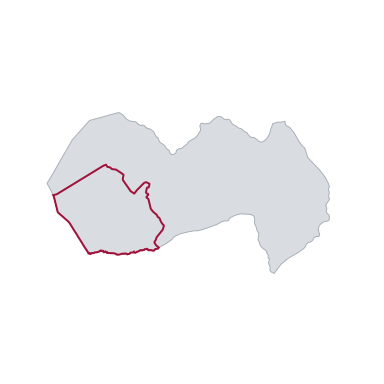 Paraguay, with Boquerón highlighted, rotated 312°
{"feature_id": "PRY-598", "entity_name": "Boquerón", "entity_type": "Department", "adm_level": 1, "iso_a3": "PRY", "parent_name": "Paraguay", "parent_adm1": "", "projection": "albers", "projection_center": [-61.074, -21.97], "detail": "fine", "context": "in_parent", "style": "outline", "palette": "rose", "viewbox_px": 384, "rotation_deg": 312, "n_neighbors": 0, "source": "natural_earth", "source_scale": "10m", "svg_char_len": 6680}
<svg xmlns="http://www.w3.org/2000/svg" viewBox="0 0 384 384"><g transform="rotate(312 192 192)"><path d="M202.3,94.7L202.9,96.8L203.2,98.5L204.1,99.7L205.0,101.3L205.9,102.2L206.6,103.7L206.3,105.4L206.7,107.6L207.1,109.4L207.5,109.9L208.8,110.5L209.5,112.2L209.0,113.0L209.1,114.0L209.6,115.0L209.1,115.9L209.4,116.6L210.2,117.3L211.0,119.7L211.0,123.7L210.1,125.9L209.3,127.6L209.1,128.7L209.6,130.3L208.6,132.2L207.5,134.4L207.7,136.0L207.9,137.5L208.0,139.1L208.2,140.6L207.8,142.1L207.4,143.5L207.2,145.1L207.6,146.9L206.8,148.5L206.3,149.7L206.1,150.9L206.8,152.8L208.9,153.6L210.6,153.8L212.1,152.9L213.3,152.6L215.5,153.5L217.5,155.2L220.0,155.4L222.3,155.8L224.0,156.3L226.6,155.8L229.2,156.4L232.3,157.4L234.9,158.3L237.4,158.1L239.3,158.1L241.4,157.3L243.3,157.4L244.8,155.9L245.7,154.5L246.4,153.6L248.5,152.8L250.0,153.4L251.1,156.0L253.1,157.5L253.9,158.6L255.5,159.2L258.8,159.4L260.9,159.4L263.3,160.2L264.8,160.3L266.2,161.7L267.4,163.4L267.5,166.5L268.6,168.9L270.1,169.8L270.8,171.3L270.5,173.4L269.7,175.5L269.7,177.7L270.4,179.8L270.4,181.9L270.8,184.0L271.9,185.8L272.1,188.7L271.9,190.7L272.5,191.9L272.8,193.6L272.3,195.0L272.0,196.9L272.0,198.5L272.5,199.9L274.1,201.8L274.4,204.9L274.3,207.1L275.0,209.7L276.3,210.9L278.4,211.4L280.9,211.9L284.0,211.4L286.8,210.8L288.3,210.2L291.4,208.5L294.0,207.5L295.4,206.9L296.7,206.4L299.3,207.7L301.6,209.3L303.4,211.4L306.8,213.9L306.1,214.4L304.7,216.2L304.6,218.4L305.4,221.5L304.3,228.1L301.1,238.1L299.8,243.9L300.2,245.6L299.0,248.5L295.1,254.7L294.7,258.9L293.8,271.7L292.2,280.7L289.8,287.2L287.8,290.7L286.1,291.1L284.8,292.1L284.0,293.7L282.6,295.1L280.5,296.1L279.4,297.3L279.2,298.7L277.2,299.4L273.5,299.7L271.3,300.7L270.6,302.4L269.3,303.8L267.5,304.7L266.6,306.4L266.6,308.8L265.5,310.8L263.2,312.5L261.2,312.4L259.4,310.8L257.0,309.6L254.0,309.0L251.4,309.3L249.3,310.6L247.4,312.6L245.7,315.5L243.9,316.0L242.0,313.9L239.6,313.3L236.5,314.0L234.2,313.6L232.4,312.3L229.7,312.0L226.0,313.0L218.6,311.6L207.5,308.0L198.1,306.5L186.4,307.5L185.5,304.0L186.1,302.1L188.1,300.7L189.3,299.1L189.8,297.3L191.1,295.9L193.3,295.0L194.2,294.1L193.9,293.1L194.3,292.2L195.6,291.5L196.3,290.3L196.5,288.7L197.0,287.9L197.8,287.4L197.9,286.3L197.5,282.8L197.6,280.0L198.3,277.8L199.0,276.5L199.5,276.1L200.0,275.4L200.2,274.0L201.0,272.8L204.8,270.3L206.2,269.0L206.4,267.7L207.0,266.0L209.3,262.4L210.0,260.7L210.1,259.8L210.9,259.0L213.6,257.0L215.1,255.1L215.4,253.3L214.8,251.3L213.3,248.9L208.6,243.1L205.0,240.4L200.2,238.2L197.1,237.4L195.6,238.2L194.0,237.5L192.5,235.6L189.9,234.0L184.4,232.2L171.9,225.4L166.9,222.1L165.2,220.1L160.6,216.4L152.9,211.2L147.0,208.7L142.8,208.8L136.2,207.2L127.1,204.1L121.8,201.0L120.4,198.1L117.0,195.1L111.7,192.1L108.9,190.2L108.7,189.2L107.1,188.0L104.1,186.5L100.8,184.0L97.3,180.3L93.4,174.7L89.3,167.0L84.9,161.9L80.2,159.3L77.9,157.5L77.9,156.7L77.2,155.8L77.8,154.3L79.4,148.5L81.8,140.0L84.3,131.2L87.2,120.9L87.2,113.6L87.1,105.9L91.4,99.5L94.4,95.0L97.1,90.7L99.7,83.3L101.5,78.4L108.4,77.2L120.1,74.7L125.9,73.4L138.2,70.8L150.8,68.1L163.9,68.1L176.6,68.0L186.3,74.3L193.8,79.0L201.9,84.3L202.5,85.4L203.0,89.7L202.3,94.7Z" fill="#d9dde1" stroke="#a8b0b8" stroke-width="1"/><path d="M87.6,164.1L87.4,164.0L87.4,163.8L87.4,163.5L87.3,163.3L87.3,163.2L87.1,163.1L86.7,163.0L85.8,162.9L85.6,162.8L85.0,162.6L83.1,161.3L82.6,160.9L82.4,160.4L82.2,160.2L81.1,159.9L80.7,159.7L80.0,158.8L79.6,158.4L78.9,158.3L78.6,158.2L78.2,158.1L77.9,158.0L77.7,157.7L77.7,157.4L77.9,157.2L78.0,156.9L77.8,156.5L78.0,156.5L77.9,156.2L77.7,156.0L77.5,155.9L77.2,155.9L77.8,154.4L78.5,151.5L79.2,148.9L80.4,144.8L81.4,141.4L82.6,137.1L83.6,133.9L84.5,130.4L85.5,127.1L86.4,124.0L87.2,120.9L87.3,119.0L87.3,118.9L87.2,114.6L87.2,111.7L87.1,109.1L87.1,106.4L87.3,105.6L88.3,104.0L88.9,103.1L89.5,102.3L90.7,100.5L92.0,98.6L93.2,96.8L94.5,95.0L94.9,94.3L95.4,93.6L95.8,92.9L96.3,92.1L96.7,91.4L96.8,91.0L97.2,91.3L99.8,93.0L152.0,108.5L154.0,109.4L154.7,109.9L154.1,112.2L154.1,112.4L154.2,112.6L154.3,112.7L154.8,113.5L155.2,114.1L155.3,114.5L155.5,115.2L155.5,115.5L155.4,116.5L155.5,117.0L156.0,118.0L157.5,120.1L157.7,120.4L157.9,121.0L159.0,128.7L159.0,129.0L158.9,129.4L158.9,129.6L158.7,129.8L155.7,131.6L155.3,131.9L154.9,132.4L154.7,132.6L154.6,132.9L152.0,144.1L151.6,145.3L151.6,145.7L151.6,146.0L152.0,148.7L152.0,149.7L152.1,150.0L152.3,150.1L154.9,150.0L156.4,149.8L166.4,150.3L167.2,150.5L168.6,151.4L169.5,154.3L169.6,154.8L169.1,155.3L167.3,156.3L166.7,156.6L166.3,156.6L166.1,156.5L165.9,156.3L165.6,156.0L165.4,155.9L165.1,155.7L164.8,155.8L164.4,156.0L161.5,157.7L161.1,158.0L160.9,158.3L160.8,158.7L160.7,158.8L160.7,159.1L160.7,159.4L160.7,159.6L161.1,160.3L161.1,160.5L160.9,161.1L160.6,161.3L160.2,161.4L158.6,161.4L158.1,161.4L157.7,161.7L157.5,161.9L157.5,162.2L157.6,163.6L157.6,164.2L157.4,164.6L152.0,172.5L151.8,173.1L151.7,173.6L151.7,174.3L151.6,174.7L151.3,175.7L151.3,176.0L151.4,177.5L151.3,178.9L151.5,180.3L151.4,180.8L151.3,181.4L150.5,183.4L150.5,183.6L150.6,183.8L150.8,184.4L150.9,184.7L150.8,185.2L150.5,186.1L149.2,188.6L148.9,189.7L148.6,190.8L148.3,193.5L148.1,193.6L145.4,195.1L144.7,195.3L143.8,195.5L134.9,196.0L134.5,196.1L134.2,196.2L133.3,196.7L132.3,197.1L130.4,197.4L130.0,197.5L129.5,197.8L129.3,198.0L129.1,198.3L128.9,199.3L128.8,199.7L128.5,200.3L128.4,200.5L128.5,204.5L127.7,204.6L127.1,204.5L126.4,204.0L125.4,203.2L124.4,202.8L123.4,203.1L122.5,202.5L122.3,202.2L121.9,201.6L121.7,201.4L121.7,201.0L121.3,200.4L120.9,199.8L120.2,199.4L119.7,198.6L119.5,198.4L119.7,197.9L119.8,197.2L119.7,196.6L119.4,196.3L118.9,196.2L118.5,195.8L118.1,195.4L117.8,195.1L117.6,195.1L117.0,195.1L116.9,195.1L116.6,194.9L116.1,194.4L115.8,194.3L115.3,194.1L115.0,193.7L114.8,193.2L114.6,192.8L112.8,192.0L112.2,192.0L111.8,191.9L111.5,191.7L111.2,191.4L110.8,191.1L110.3,190.9L109.8,190.8L109.3,190.8L109.0,190.7L108.7,190.0L108.3,189.7L108.3,189.4L108.5,189.0L108.6,188.8L108.1,188.8L107.8,188.7L107.5,188.6L106.1,187.1L105.7,186.9L104.4,186.9L104.1,186.8L103.8,186.7L103.4,186.2L103.0,185.9L102.6,185.8L102.3,185.5L102.2,185.0L102.2,184.4L102.1,184.1L101.9,183.8L101.6,183.5L101.3,183.2L100.7,182.8L100.4,182.6L99.8,181.6L99.5,181.4L96.5,179.6L95.5,178.5L95.1,177.9L95.0,177.6L95.2,176.9L95.1,176.7L94.8,176.2L94.3,175.1L93.9,174.5L93.3,173.9L93.0,173.6L92.9,173.2L92.5,173.0L92.3,172.8L92.2,172.7L91.9,172.4L91.9,172.1L91.8,171.9L91.0,171.1L90.8,170.7L90.7,170.4L90.5,170.1L90.1,170.0L90.0,169.9L90.4,169.2L89.8,168.8L89.8,168.5L90.0,167.8L89.9,167.5L89.8,167.4L89.6,167.5L89.3,167.4L88.6,167.1L88.2,166.8L88.2,166.4L88.6,165.9L88.8,165.4L88.5,164.8L87.9,164.1L87.6,164.1Z" fill="none" stroke="#9f1239" stroke-width="2"/></g></svg>